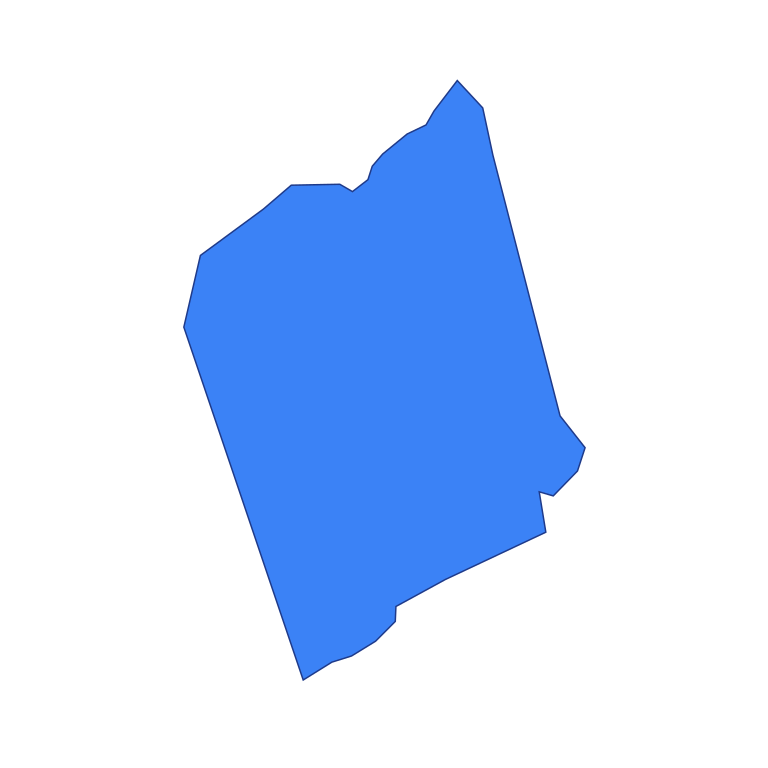 Monte das Gameleiras, Rio Grande do Norte, Brazil (Mercator projection), rotated 228°
{"feature_id": "56859067B40912870181920", "entity_name": "Monte das Gameleiras", "entity_type": "district", "adm_level": 2, "iso_a3": "BRA", "parent_name": "Brazil", "parent_adm1": "Rio Grande do Norte", "projection": "mercator", "projection_center": [-35.807, -6.43], "detail": "fine", "context": "isolated", "style": "filled", "palette": "blue", "viewbox_px": 768, "rotation_deg": 228, "n_neighbors": 0, "source": "geoboundaries", "source_scale": "gbopen_adm2", "svg_char_len": 531}
<svg xmlns="http://www.w3.org/2000/svg" viewBox="0 0 768 768"><g transform="rotate(228 384 384)"><path d="M523.1,642.1L560.5,641.5L553.4,603.8L548.4,588.6L554.3,568.5L555.8,536.9L553.7,521.0L546.6,508.8L548.1,489.3L562.0,484.8L593.8,448.1L594.7,411.3L602.4,333.6L560.2,273.3L472.6,235.6L218.1,125.9L212.2,159.1L203.6,177.9L198.5,205.7L200.0,233.5L210.7,244.0L197.7,298.7L165.6,405.1L200.0,427.2L187.6,434.9L189.9,469.6L202.1,490.8L242.5,493.5L481.3,618.1L523.1,642.1Z" fill="#3b82f6" stroke="#1e3a8a" stroke-width="1.5"/></g></svg>